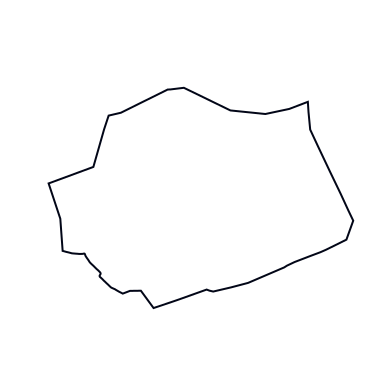 Bayancagaan, Töv, Mongolia, rotated 160°
{"feature_id": "93677404B41930785944412", "entity_name": "Bayancagaan", "entity_type": "district", "adm_level": 2, "iso_a3": "MNG", "parent_name": "Mongolia", "parent_adm1": "Töv", "projection": "orthographic", "projection_center": [107.531, 46.744], "detail": "fine", "context": "isolated", "style": "outline", "palette": "ink", "viewbox_px": 384, "rotation_deg": 160, "n_neighbors": 0, "source": "geoboundaries", "source_scale": "gbopen_adm2", "svg_char_len": 1445}
<svg xmlns="http://www.w3.org/2000/svg" viewBox="0 0 384 384"><g transform="rotate(160 192 192)"><path d="M206.1,91.2L187.8,89.0L170.4,87.4L131.1,89.6L128.0,90.3L119.5,91.1L102.3,91.4L91.9,91.5L85.8,91.9L63.2,94.4L50.3,109.9L51.4,121.2L52.9,139.2L55.4,164.2L58.0,192.0L59.6,210.2L55.2,227.2L52.3,237.1L72.2,236.8L96.4,240.2L128.0,255.5L164.0,292.7L177.4,295.8L179.8,296.6L211.2,293.1L231.7,290.8L244.2,292.3L253.2,280.9L276.1,249.3L323.8,249.1L324.9,211.9L333.7,180.9L333.4,180.7L333.1,180.5L331.3,179.2L330.6,178.7L328.9,177.6L327.3,176.5L325.9,175.5L324.7,174.9L324.4,174.8L324.2,174.7L322.5,173.9L320.7,173.1L319.9,172.7L318.7,172.2L317.4,171.7L316.6,171.5L315.7,171.2L314.8,171.1L314.5,171.1L314.2,170.9L314.0,170.7L313.9,170.2L313.9,169.9L313.9,169.1L313.9,168.4L313.8,167.8L313.4,166.1L313.2,165.4L312.7,163.6L312.3,161.8L312.1,160.9L311.3,159.1L309.8,156.2L308.7,153.8L307.9,152.1L307.1,150.7L306.3,149.0L305.8,147.8L305.7,147.4L305.7,147.1L305.7,146.8L305.8,146.6L306.0,146.2L306.6,145.7L306.9,145.4L307.2,145.2L307.4,145.0L307.6,144.6L307.6,144.3L307.6,144.0L307.6,143.8L307.2,143.1L306.1,141.0L305.1,138.7L304.6,137.8L303.5,135.5L302.6,133.8L301.8,132.1L301.1,130.7L300.8,130.1L300.6,129.9L300.3,129.5L297.6,126.9L297.1,126.2L296.6,125.6L295.6,124.4L294.5,123.1L292.7,121.2L291.8,120.2L284.1,120.3L273.8,116.7L267.8,96.1L247.6,95.6L242.4,95.5L211.6,95.3L209.3,93.3L206.1,91.2Z" fill="none" stroke="#020617" stroke-width="2"/></g></svg>